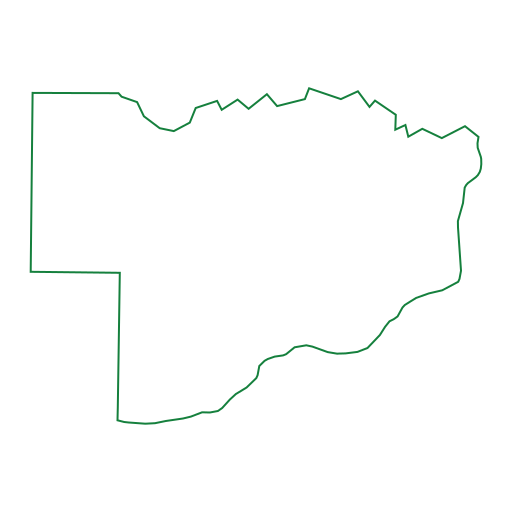 the district of Scott, Iowa, United States of America
{"feature_id": "52423323B10100313584475", "entity_name": "Scott", "entity_type": "district", "adm_level": 2, "iso_a3": "USA", "parent_name": "United States of America", "parent_adm1": "Iowa", "projection": "orthographic", "projection_center": [-90.532, 41.613], "detail": "fine", "context": "isolated", "style": "outline", "palette": "green", "viewbox_px": 512, "rotation_deg": 0, "n_neighbors": 0, "source": "geoboundaries", "source_scale": "gbopen_adm2", "svg_char_len": 1266}
<svg xmlns="http://www.w3.org/2000/svg" viewBox="0 0 512 512"><path d="M32.6,92.9L30.7,271.8L119.8,272.8L117.8,407.1L117.5,420.3L124.2,422.0L128.7,422.5L145.3,423.7L155.0,423.2L165.8,421.0L183.0,418.5L190.9,416.6L202.1,412.3L209.9,412.5L217.9,411.0L222.2,408.0L229.9,399.5L235.9,394.0L246.6,387.5L256.3,378.1L257.6,375.2L259.3,366.0L264.6,360.8L267.8,359.0L274.7,356.6L283.1,355.4L286.1,354.2L294.6,347.3L302.8,345.9L306.3,345.3L312.4,346.6L327.7,352.1L337.3,353.7L337.9,353.6L345.5,353.4L357.5,351.9L367.5,348.0L379.9,335.0L385.1,326.8L389.5,321.3L393.7,319.2L395.3,318.1L397.6,316.4L402.5,307.5L404.8,305.0L410.2,301.6L416.2,297.9L428.9,293.4L442.2,290.3L458.2,281.8L459.5,278.9L461.0,270.7L458.0,227.4L457.9,221.1L463.0,203.1L464.7,187.6L466.2,185.0L467.9,183.1L475.8,177.2L477.8,175.2L479.8,171.9L480.8,168.6L481.3,164.1L481.2,158.9L480.8,156.8L477.7,147.8L477.5,143.3L478.5,136.9L465.0,126.2L441.8,138.1L422.3,128.8L408.3,136.7L405.4,125.0L395.3,129.7L395.8,114.8L375.0,100.6L369.5,106.9L357.9,91.3L340.9,99.1L309.1,88.3L304.9,99.1L277.1,106.1L266.9,94.2L248.6,108.8L237.6,99.6L221.7,109.8L217.1,100.9L195.7,108.0L189.8,122.6L173.8,131.1L159.7,128.2L143.9,116.3L137.1,102.1L121.6,96.7L118.5,93.2L32.6,92.9Z" fill="none" stroke="#15803d" stroke-width="2"/></svg>